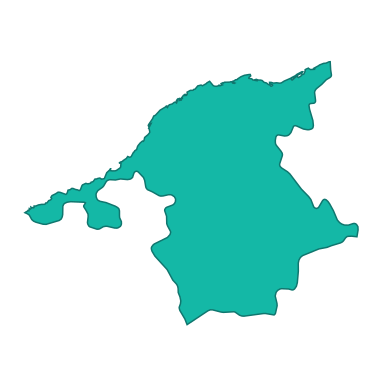 the border of Makkah, rotated 91°
{"feature_id": "SAU-888", "entity_name": "Makkah", "entity_type": "Region", "adm_level": 1, "iso_a3": "SAU", "parent_name": "Saudi Arabia", "parent_adm1": "", "projection": "albers", "projection_center": [40.65, 21.044], "detail": "fine", "context": "isolated", "style": "filled", "palette": "teal", "viewbox_px": 384, "rotation_deg": 91, "n_neighbors": 0, "source": "natural_earth", "source_scale": "10m", "svg_char_len": 5913}
<svg xmlns="http://www.w3.org/2000/svg" viewBox="0 0 384 384"><g transform="rotate(91 192 192)"><path d="M215.6,358.7L214.5,357.2L214.1,356.2L213.3,355.7L213.6,354.8L211.4,354.4L212.1,353.6L211.3,352.6L209.9,352.8L210.5,351.8L210.6,351.3L210.3,350.9L210.6,350.1L210.3,349.7L208.8,349.7L208.7,347.8L207.6,345.3L207.0,342.2L206.9,339.2L206.6,338.6L205.6,338.2L205.4,336.8L203.1,335.1L202.4,333.2L200.9,332.2L199.8,333.0L198.0,331.9L196.1,328.2L194.5,325.9L194.6,324.0L196.6,318.1L196.0,317.3L194.6,316.6L192.3,316.0L191.8,313.9L190.5,312.3L190.5,311.1L191.5,308.5L191.9,306.3L192.6,304.9L192.1,304.0L191.1,303.4L187.7,302.2L186.8,301.6L185.2,298.3L185.7,296.3L185.0,293.6L184.0,293.1L183.5,291.4L183.0,290.8L180.7,289.2L180.7,287.7L180.2,286.8L179.7,284.8L179.7,284.2L180.8,282.7L180.5,282.3L180.6,281.7L180.1,279.9L174.2,277.6L171.5,274.8L170.2,274.0L170.2,273.7L170.7,273.8L172.0,274.5L172.3,272.1L172.2,269.3L171.8,268.0L169.3,264.5L168.3,263.8L164.4,263.5L164.0,264.0L164.6,265.5L163.8,264.8L163.1,263.6L162.6,261.9L161.8,261.5L159.6,258.2L157.6,256.9L158.4,254.9L158.0,253.9L157.4,253.3L153.3,251.2L152.8,250.4L151.8,250.0L150.5,248.1L147.3,247.2L146.2,246.5L143.8,244.6L141.9,242.4L142.2,241.6L141.3,240.9L138.3,240.3L136.2,237.9L136.2,237.7L134.0,235.8L133.1,235.3L131.9,235.4L129.5,236.0L129.1,236.5L124.3,234.1L124.7,235.2L126.7,236.7L126.3,236.9L125.4,236.6L119.4,232.7L116.7,231.6L115.9,229.9L110.7,225.3L107.5,220.1L106.5,219.2L106.5,218.7L107.5,218.7L108.0,218.0L106.5,217.4L105.2,216.2L104.3,213.3L102.6,211.2L102.4,210.3L103.3,209.0L100.7,208.2L101.1,209.0L101.8,209.4L100.7,209.0L99.6,208.3L98.9,207.5L99.3,206.6L98.6,206.0L98.9,205.1L99.6,205.8L100.7,206.2L100.3,204.3L99.3,204.3L98.6,203.2L98.3,203.2L98.2,204.2L95.6,202.3L94.5,200.8L94.6,199.5L95.6,200.3L95.5,199.3L95.2,199.0L93.9,198.3L92.3,198.7L90.4,195.4L90.3,193.0L90.1,192.5L89.4,192.0L89.2,190.8L85.8,188.1L84.9,184.8L85.6,183.4L83.3,179.5L82.6,179.0L81.0,176.3L85.2,172.7L85.8,171.3L85.9,169.5L85.5,167.8L84.7,167.0L84.7,166.6L85.3,166.2L85.2,165.4L84.4,163.5L83.7,164.7L83.1,164.9L82.2,163.0L82.6,162.7L81.7,161.4L81.5,156.4L81.0,154.9L81.1,154.0L82.4,153.3L82.7,151.7L82.3,151.0L81.6,152.7L80.4,152.9L80.1,151.7L79.1,150.6L78.7,148.6L78.0,148.2L75.9,145.1L74.4,141.7L73.5,136.9L73.5,135.8L74.9,135.3L76.4,137.1L77.4,137.1L77.8,134.2L78.9,133.1L79.5,129.8L79.6,128.7L79.3,128.6L78.5,130.6L78.2,129.7L78.9,127.7L78.9,125.4L79.3,123.8L81.1,121.8L81.7,119.4L83.0,117.8L83.7,116.2L84.8,115.0L84.8,114.3L84.0,113.3L83.4,113.4L82.3,116.2L81.0,116.4L81.0,114.8L81.7,112.4L81.3,109.3L81.7,106.1L81.3,104.5L79.5,101.8L76.8,95.9L76.9,95.3L78.3,94.0L78.2,93.5L74.7,89.8L74.2,90.1L75.7,91.9L76.4,94.3L76.0,94.6L73.9,90.7L72.5,89.1L69.8,84.2L69.8,83.4L71.3,84.2L73.0,88.1L74.5,88.7L75.0,88.6L75.7,87.6L74.3,85.2L73.0,84.3L72.1,82.2L69.0,80.9L67.9,81.1L67.2,80.2L66.1,77.8L66.7,77.2L67.5,75.6L67.2,71.6L66.6,71.3L66.1,72.2L63.6,67.8L62.7,66.6L61.1,62.7L60.8,60.2L59.4,57.2L59.3,56.1L67.4,55.5L72.7,54.6L74.1,55.0L75.1,56.0L77.3,59.6L82.1,64.1L86.2,69.0L87.3,70.0L88.6,70.8L90.3,71.2L98.0,70.1L99.5,70.1L100.5,70.7L101.1,71.6L101.5,75.1L102.0,76.0L103.2,76.6L107.2,75.9L118.4,72.4L123.3,71.8L125.6,72.2L126.5,73.0L127.1,74.1L127.7,76.2L127.7,77.9L127.1,81.7L124.2,88.5L123.9,89.7L124.0,90.8L124.7,91.7L130.8,94.1L132.8,95.7L133.6,96.8L134.1,98.0L134.4,100.4L133.4,106.3L133.6,107.5L134.3,108.4L135.5,109.1L138.9,109.6L141.3,109.5L142.7,109.2L144.0,108.4L149.4,103.9L151.6,102.5L153.2,102.2L154.4,102.4L162.5,104.9L163.8,104.8L165.0,104.3L166.4,102.8L170.1,96.9L172.2,94.5L187.2,82.7L194.5,75.3L197.5,73.0L204.8,70.0L205.8,68.9L206.3,67.3L205.9,66.1L205.1,65.1L198.2,61.2L197.3,60.2L197.0,59.1L197.5,57.7L199.1,55.9L201.4,54.2L208.2,50.3L217.5,46.2L220.0,43.9L221.4,41.8L222.4,38.9L222.4,35.1L220.7,30.2L220.6,29.1L220.9,27.9L221.6,26.9L223.8,25.5L227.1,25.3L233.9,26.3L233.4,31.7L233.6,35.3L234.0,36.4L235.2,37.7L238.2,39.7L239.3,40.8L240.3,42.6L243.2,51.6L245.0,56.0L246.7,64.1L253.6,80.2L254.9,81.8L255.9,82.7L258.2,83.9L261.2,84.5L269.4,84.3L280.8,85.1L284.5,86.0L287.2,87.8L288.0,89.0L288.2,90.2L287.3,93.7L287.1,100.9L287.5,102.4L288.7,104.4L289.8,105.4L291.0,106.2L294.5,107.0L301.9,105.1L304.3,104.9L311.7,106.4L312.7,106.9L313.5,107.8L312.2,116.4L312.3,118.7L315.2,137.7L315.2,138.8L315.1,140.1L314.3,142.4L311.4,146.7L311.0,147.9L311.8,158.6L311.5,161.0L309.5,169.3L309.5,171.7L310.5,174.0L324.7,194.6L319.1,196.9L310.8,202.0L309.0,202.6L307.5,202.8L304.0,201.6L301.1,201.3L297.1,202.2L292.8,204.0L288.7,204.2L286.8,204.6L285.3,205.3L284.0,206.2L280.5,209.6L270.0,215.5L256.7,228.0L252.0,230.9L250.2,231.5L248.7,231.7L247.5,231.3L245.4,229.8L244.5,228.6L237.9,215.8L234.9,213.2L232.5,212.6L231.4,213.0L226.4,215.8L224.1,216.7L216.7,217.0L211.1,219.0L209.9,218.9L208.4,218.0L207.7,217.0L205.4,211.2L204.6,210.1L203.4,209.1L201.8,208.4L199.2,208.3L197.0,209.6L195.4,212.1L195.1,213.0L195.1,215.4L196.5,221.1L196.6,223.4L196.2,224.9L192.5,231.7L190.4,236.6L189.1,237.7L187.8,238.3L181.4,239.5L178.4,240.7L173.1,245.9L172.4,246.9L172.2,248.0L172.6,249.1L173.4,250.0L174.5,250.5L178.5,251.7L179.8,253.2L180.3,254.3L180.7,256.8L180.2,263.8L181.3,268.7L181.1,274.5L181.9,276.8L183.4,278.1L187.5,280.4L188.8,281.5L192.2,286.1L194.7,287.6L196.1,287.9L198.6,287.7L200.8,286.8L201.8,286.0L202.9,283.8L204.1,277.7L207.5,268.5L208.9,266.0L210.1,264.8L212.1,264.2L217.1,264.1L219.0,263.9L222.8,262.1L225.1,262.0L226.1,262.2L227.6,263.0L229.0,265.1L229.4,266.3L229.4,268.6L227.8,276.0L227.7,277.4L228.2,280.0L230.5,283.8L230.8,285.2L230.8,286.6L228.6,293.6L227.8,294.6L225.8,295.7L224.3,296.0L218.3,295.4L215.9,295.6L212.4,297.5L208.6,300.0L207.6,300.0L204.7,298.3L204.3,298.9L204.1,299.9L203.8,313.2L204.4,316.7L205.5,319.0L206.4,320.0L208.5,320.9L216.8,320.9L219.1,321.3L221.3,322.3L222.8,324.3L226.9,337.3L226.8,340.4L224.9,347.6L223.9,349.9L222.3,351.8L217.9,354.3L216.6,356.3L215.6,358.7Z" fill="#14b8a6" stroke="#0f766e" stroke-width="1.5"/></g></svg>